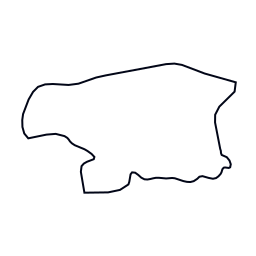 an SVG outline of Nueva Ecija, rotated 276°
{"feature_id": "PHL-2557", "entity_name": "Nueva Ecija", "entity_type": "Province", "adm_level": 1, "iso_a3": "PHL", "parent_name": "Philippines", "parent_adm1": "", "projection": "natural_earth1", "projection_center": [120.9, 15.651], "detail": "fine", "context": "isolated", "style": "outline", "palette": "ink", "viewbox_px": 256, "rotation_deg": 276, "n_neighbors": 0, "source": "natural_earth", "source_scale": "10m", "svg_char_len": 1111}
<svg xmlns="http://www.w3.org/2000/svg" viewBox="0 0 256 256"><g transform="rotate(276 128 128)"><path d="M102.7,234.0L99.6,233.7L98.8,232.4L98.9,228.6L98.5,227.3L96.9,226.2L93.7,225.6L92.0,224.9L89.4,223.0L87.4,220.8L86.4,217.8L86.8,213.4L87.9,207.1L87.0,204.1L84.7,202.2L82.0,198.9L80.8,195.7L80.6,192.3L81.0,188.6L82.9,179.8L82.9,177.1L81.8,171.2L81.7,163.7L81.4,161.0L80.6,158.3L79.6,155.5L78.8,152.7L78.7,149.7L80.0,146.4L82.4,143.1L84.3,139.8L84.3,136.7L82.2,135.4L74.6,134.9L71.9,134.3L65.6,126.5L61.9,115.0L59.1,91.4L79.5,85.7L85.2,85.8L88.0,87.8L90.1,90.7L93.4,97.2L95.7,97.6L98.4,94.5L100.9,90.1L102.3,87.0L105.3,76.9L106.9,73.8L108.6,71.7L110.3,70.3L111.8,68.7L113.3,65.7L114.6,56.7L112.9,47.6L107.3,29.9L111.7,25.4L118.0,22.9L124.9,22.0L130.9,22.2L146.0,26.2L154.0,29.8L159.5,34.2L162.7,41.0L163.9,48.7L164.6,64.4L166.9,74.1L174.9,91.1L178.0,100.4L195.5,159.2L196.9,167.4L196.4,175.0L190.2,198.5L184.7,230.4L175.3,230.2L158.8,216.6L150.3,213.3L142.6,214.0L116.8,221.9L115.0,222.7L112.8,223.1L111.0,224.0L109.3,229.3L106.3,232.3L102.7,234.0Z" fill="none" stroke="#020617" stroke-width="2"/></g></svg>